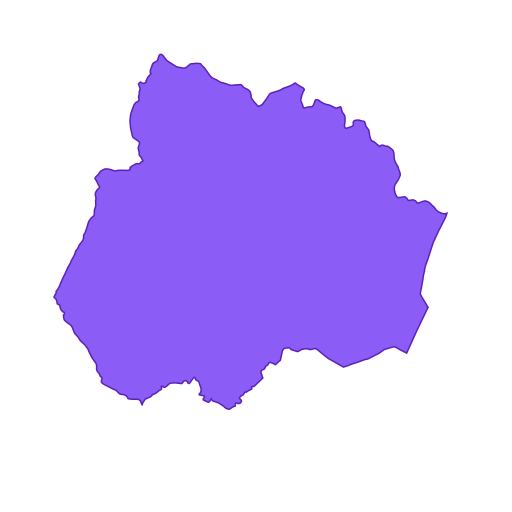 the district of San Jerónimo, Comayagua, Honduras, rotated 108°
{"feature_id": "27666195B29530067641484", "entity_name": "San Jerónimo", "entity_type": "district", "adm_level": 2, "iso_a3": "HND", "parent_name": "Honduras", "parent_adm1": "Comayagua", "projection": "mercator", "projection_center": [-87.555, 14.647], "detail": "fine", "context": "isolated", "style": "filled", "palette": "violet", "viewbox_px": 512, "rotation_deg": 108, "n_neighbors": 0, "source": "geoboundaries", "source_scale": "gbopen_adm2", "svg_char_len": 6069}
<svg xmlns="http://www.w3.org/2000/svg" viewBox="0 0 512 512"><g transform="rotate(108 256 256)"><path d="M360.8,431.3L362.9,430.3L363.3,428.1L363.6,427.4L366.1,426.0L367.4,424.8L368.6,422.8L368.9,422.1L368.7,421.3L369.2,420.7L370.3,420.3L371.6,420.8L372.3,420.7L374.2,419.8L376.1,418.5L377.3,416.1L379.2,410.4L381.0,408.4L385.6,404.5L388.2,399.9L389.9,398.1L390.9,396.6L393.5,391.1L396.4,387.1L399.5,384.5L401.4,382.4L402.9,381.2L408.0,374.5L409.4,373.8L412.8,372.7L414.0,372.0L414.8,371.2L416.6,368.4L418.6,366.8L419.1,365.5L419.8,364.6L420.2,364.5L422.1,364.6L423.7,364.1L424.4,363.0L425.1,360.8L426.0,354.8L426.5,352.2L427.0,347.9L427.5,346.5L428.7,344.4L429.3,342.6L429.3,341.8L428.7,338.9L428.8,336.7L430.4,334.2L431.1,333.8L431.2,333.5L430.8,330.6L428.9,324.4L428.7,323.0L429.6,321.1L432.3,318.9L432.7,318.3L432.4,318.2L431.5,318.4L429.8,318.1L426.4,317.1L422.6,313.0L421.2,312.0L420.0,311.8L419.0,310.4L417.4,308.8L413.6,306.3L412.4,305.0L411.3,304.9L409.8,305.6L408.9,305.4L408.7,304.9L409.1,304.2L409.2,303.4L409.1,302.5L408.8,301.9L407.7,300.9L405.6,299.8L403.9,298.6L403.1,297.5L401.6,293.6L400.3,287.2L399.3,286.6L397.4,286.1L396.4,284.9L396.3,283.5L396.9,282.3L398.0,281.2L397.9,280.2L396.9,279.6L391.7,278.0L390.7,277.5L390.4,276.9L390.8,276.1L391.9,275.4L392.5,274.7L392.7,274.0L392.8,272.5L393.6,271.1L395.0,270.3L398.7,267.5L400.3,266.8L402.2,266.5L403.3,266.6L404.5,267.3L405.4,267.2L405.6,266.7L405.1,262.6L405.3,261.8L406.1,261.4L408.2,262.1L409.2,261.6L409.9,256.1L409.3,255.5L408.3,255.0L405.9,254.6L405.7,254.5L406.5,253.6L407.2,252.3L407.3,246.2L408.6,241.3L410.2,237.4L410.2,235.3L409.9,233.9L406.6,231.3L405.3,229.5L404.6,229.4L402.7,230.1L402.1,229.8L401.7,229.0L401.9,227.9L401.8,227.1L401.2,226.0L400.6,225.4L399.2,224.9L398.5,224.9L397.3,226.0L396.5,227.7L395.9,227.9L395.3,227.8L394.1,227.1L391.9,225.3L388.9,224.4L388.5,224.0L388.6,223.3L386.4,221.5L384.0,219.0L383.2,219.1L382.0,219.7L381.6,219.7L380.6,217.5L369.9,211.8L365.3,215.3L363.6,215.5L362.6,215.1L361.1,213.3L359.9,212.9L357.7,212.7L356.5,211.4L353.5,210.6L352.9,209.9L352.7,208.7L353.1,204.7L353.4,204.1L352.9,203.7L350.2,202.2L347.6,200.6L337.7,201.6L335.9,201.0L334.7,200.0L333.0,196.0L333.2,195.1L334.0,194.1L334.2,193.2L334.1,187.0L333.6,186.2L330.9,183.9L329.5,181.5L328.5,179.1L328.2,175.3L326.0,171.7L325.6,170.4L326.0,168.9L328.4,162.9L331.1,155.7L334.6,138.5L331.9,134.7L328.8,131.0L326.1,127.1L321.1,120.8L319.3,117.7L312.8,111.3L312.0,110.3L309.7,108.3L305.2,105.0L300.1,97.5L299.6,96.2L299.7,94.4L300.0,92.4L300.4,91.3L301.8,82.7L276.6,79.9L251.5,76.5L250.9,77.7L249.9,78.5L243.3,86.1L241.3,88.1L227.4,89.9L223.4,90.7L217.8,91.2L215.2,91.7L212.0,91.8L206.0,91.6L188.5,91.6L175.8,90.1L161.0,87.7L156.3,87.6L157.5,89.5L157.9,91.4L158.0,92.3L157.6,96.1L156.7,98.5L154.1,102.3L153.6,103.9L152.4,106.1L151.4,108.5L151.2,110.6L151.3,111.8L151.6,112.8L152.9,114.7L155.1,117.4L155.7,118.5L155.7,119.2L154.3,121.2L154.0,123.4L154.4,124.9L155.8,127.4L156.1,128.3L154.4,130.6L153.7,132.5L154.1,133.7L156.3,138.1L156.4,139.3L156.1,140.4L153.9,142.6L151.4,144.2L149.6,145.2L147.4,145.7L144.9,145.8L140.3,144.4L136.9,143.9L134.9,143.8L133.8,144.0L132.3,144.8L128.6,147.7L127.4,148.3L124.4,151.8L122.5,153.5L120.2,154.8L115.5,156.7L114.0,157.7L113.0,158.6L111.3,162.9L111.0,165.0L111.5,166.9L111.3,168.9L111.6,170.3L112.2,171.3L113.1,171.6L113.6,172.3L110.7,179.6L111.0,180.4L110.8,181.2L109.8,182.7L106.8,184.9L101.4,187.6L98.7,191.5L97.7,192.2L96.3,192.9L94.6,194.5L95.0,200.4L95.5,201.9L96.6,203.9L97.3,204.6L98.2,204.9L99.1,204.8L101.3,203.9L102.4,204.2L103.8,205.6L106.7,209.7L106.8,210.4L106.2,211.2L105.0,212.1L100.4,213.0L97.9,213.7L95.2,214.9L92.3,218.6L89.0,220.6L88.0,221.6L88.1,222.0L90.7,225.5L89.8,232.5L90.1,236.5L90.0,238.8L89.6,241.0L88.4,244.9L88.9,247.5L89.9,247.9L93.7,247.9L95.4,248.2L96.4,248.7L97.0,249.5L97.5,251.0L98.8,253.5L100.1,255.3L100.3,256.8L98.1,258.3L94.6,261.2L93.5,261.7L88.7,262.1L87.5,261.9L85.9,262.0L83.1,261.4L82.5,261.7L81.9,262.4L81.5,263.3L81.0,266.6L79.8,270.9L79.3,271.7L79.4,272.2L79.9,272.9L81.5,273.9L84.0,276.5L88.5,282.3L90.4,283.9L92.0,285.8L96.0,291.5L97.1,292.7L98.9,293.5L102.0,294.2L108.9,296.5L110.2,297.1L111.6,298.3L112.6,299.4L112.9,300.0L112.4,301.2L110.0,305.5L107.8,308.5L106.4,309.7L104.4,310.5L102.7,311.5L101.2,312.8L100.3,314.9L99.5,319.7L97.8,322.8L97.9,324.0L100.0,329.2L101.1,331.5L101.5,332.9L101.7,334.6L101.4,337.3L101.7,343.6L100.7,347.9L100.3,351.7L99.5,354.1L98.6,355.6L92.9,363.3L91.9,365.6L90.3,368.2L90.6,370.5L91.3,372.5L93.5,377.5L94.1,378.1L97.7,380.2L99.0,381.5L99.7,382.6L100.6,389.8L99.0,396.3L97.6,401.5L94.1,406.4L93.5,408.1L93.7,409.2L94.3,409.8L95.4,410.1L100.8,410.2L103.9,413.0L105.3,413.7L112.7,413.8L114.3,413.2L115.0,412.2L118.7,413.8L120.1,414.2L123.6,414.7L124.8,414.2L125.7,415.1L126.7,416.6L126.7,417.8L126.3,419.2L126.4,419.8L127.2,420.4L128.8,420.9L132.3,418.1L134.0,417.8L136.0,417.8L137.4,417.2L141.4,416.8L142.8,415.9L144.4,415.4L144.9,415.6L147.4,417.9L150.3,418.8L158.3,419.0L161.1,418.8L166.4,417.6L171.5,415.5L173.4,414.6L179.1,411.2L180.5,410.3L181.4,409.3L183.0,403.7L183.9,402.1L185.1,401.5L189.7,401.5L193.6,399.1L195.8,398.4L196.6,397.6L197.9,395.4L199.4,394.1L200.2,393.1L200.7,392.9L201.0,393.0L201.7,394.0L203.4,394.8L204.2,395.4L204.6,396.1L204.8,397.5L205.6,398.9L209.1,402.0L210.6,403.0L213.2,402.6L213.6,403.1L214.3,404.8L216.5,411.9L217.5,414.3L218.8,416.3L218.7,420.4L218.9,423.0L219.5,425.5L220.2,427.0L223.3,430.0L226.8,431.0L229.8,432.6L231.0,433.0L231.8,433.1L232.4,432.9L233.6,431.2L237.1,427.8L238.1,426.5L238.8,426.0L239.5,426.1L241.9,427.4L243.1,427.8L244.8,428.1L246.3,428.1L248.0,427.5L250.2,426.1L253.3,425.5L257.4,424.0L258.9,423.8L262.1,423.9L267.3,422.5L268.1,422.8L271.0,424.6L275.0,425.8L282.3,425.6L287.2,425.8L289.2,426.4L292.7,425.5L294.1,425.5L295.7,425.8L299.9,427.4L304.1,427.9L306.9,429.0L309.3,428.9L312.5,429.2L317.2,430.2L320.6,430.4L324.9,431.4L331.5,432.1L337.7,433.0L345.9,433.7L349.3,434.4L351.3,435.2L352.2,434.8L352.9,434.7L357.5,435.5L359.0,432.7L360.8,431.3Z" fill="#8b5cf6" stroke="#5b21b6" stroke-width="1.5"/></g></svg>